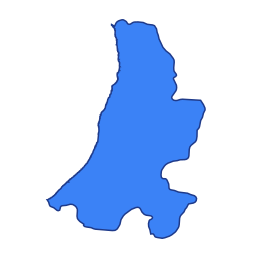 Gaspar Hernández, Espaillat, Dominican Republic, rotated 274°
{"feature_id": "3306468B76468188202077", "entity_name": "Gaspar Hernández", "entity_type": "district", "adm_level": 2, "iso_a3": "DOM", "parent_name": "Dominican Republic", "parent_adm1": "Espaillat", "projection": "natural_earth1", "projection_center": [-70.259, 19.604], "detail": "fine", "context": "isolated", "style": "filled", "palette": "blue", "viewbox_px": 256, "rotation_deg": 274, "n_neighbors": 0, "source": "geoboundaries", "source_scale": "gbopen_adm2", "svg_char_len": 5658}
<svg xmlns="http://www.w3.org/2000/svg" viewBox="0 0 256 256"><g transform="rotate(274 128 128)"><path d="M160.7,198.5L160.5,180.3L160.1,178.1L158.9,175.1L158.7,173.6L158.9,171.6L160.0,170.1L161.2,169.5L162.5,169.6L168.5,173.2L169.9,173.6L171.8,173.7L174.1,173.3L180.1,169.9L180.8,169.9L181.5,170.2L182.7,172.0L184.0,172.7L185.1,172.3L187.6,170.2L188.9,169.7L191.4,169.4L196.9,169.5L198.9,169.2L200.6,168.2L204.8,164.6L207.5,160.6L210.9,157.2L219.1,152.7L222.6,151.7L225.4,150.4L228.9,149.5L231.9,147.3L232.5,145.4L232.8,140.0L234.3,135.8L234.5,130.7L234.1,126.8L233.5,125.4L231.8,123.1L231.5,121.8L231.7,121.0L232.1,120.3L233.9,119.0L234.4,118.3L235.5,116.1L235.6,115.2L235.4,114.0L234.4,111.5L233.4,109.9L231.9,108.8L228.6,107.5L230.1,104.4L229.7,104.4L229.7,104.8L229.1,104.8L228.9,105.4L227.9,105.9L227.9,106.3L227.5,106.3L227.0,107.1L226.4,107.4L226.2,107.8L225.9,107.6L225.5,108.0L224.8,108.0L224.2,108.2L224.2,108.5L221.1,108.5L221.0,108.2L221.0,108.5L220.4,108.5L220.1,108.9L219.5,108.9L219.5,108.7L218.4,108.9L218.2,109.3L217.5,109.5L217.1,110.0L215.9,110.2L215.9,110.4L215.0,110.6L215.0,110.8L214.6,110.6L214.6,110.8L213.0,110.8L213.0,111.0L212.2,111.0L212.2,110.8L211.0,111.0L211.0,110.8L210.4,110.6L210.4,110.8L210.1,110.8L209.9,111.2L208.8,111.5L205.9,111.9L205.9,112.1L204.8,112.1L204.8,112.3L203.4,112.5L203.0,113.2L201.9,113.4L201.9,113.6L200.5,113.4L200.5,113.2L199.9,113.2L199.9,113.4L199.4,113.4L199.4,113.6L196.3,113.4L196.3,113.6L195.6,113.6L195.6,113.8L195.4,113.6L194.3,113.8L194.1,114.3L193.6,114.3L193.4,114.7L192.3,114.9L192.3,115.1L189.2,115.1L188.8,115.5L188.8,115.3L185.8,115.3L185.8,115.1L185.2,115.1L185.0,115.3L185.0,115.1L184.5,115.1L184.1,114.7L183.0,114.7L182.5,114.0L182.1,114.0L182.1,113.6L180.9,113.6L180.9,113.4L178.9,113.6L178.5,114.0L177.8,114.0L177.8,114.3L177.0,114.3L177.0,114.5L176.7,114.6L176.0,114.7L175.8,114.3L174.7,114.3L174.3,113.8L173.8,113.8L173.8,113.6L172.9,113.4L172.7,113.0L172.3,113.0L172.1,112.5L171.8,112.5L171.4,111.9L171.0,111.9L170.3,110.8L169.2,109.5L168.9,109.5L168.7,109.1L168.1,109.1L168.1,109.3L166.1,109.3L166.1,109.5L165.1,109.5L164.9,109.3L164.9,109.5L164.5,109.5L164.5,109.3L164.2,109.3L164.2,109.1L163.6,109.1L163.2,108.7L162.7,108.7L161.1,108.7L160.7,108.5L160.5,108.0L159.6,107.8L159.6,107.6L157.8,107.6L157.8,107.4L157.3,107.2L156.9,106.5L155.8,106.3L155.4,105.9L152.0,105.4L152.0,105.2L150.9,105.0L150.9,104.8L150.2,104.8L150.2,104.6L149.4,104.4L149.4,104.2L146.2,103.9L145.8,103.5L145.3,103.5L144.7,102.9L144.0,102.7L143.6,102.0L142.9,101.8L142.4,100.9L141.3,100.5L141.3,100.3L139.6,100.1L139.6,99.9L139.1,99.9L139.1,99.6L138.4,99.9L138.0,99.4L137.1,99.4L137.1,99.2L135.8,99.4L135.8,99.2L134.9,99.2L132.0,98.8L132.0,98.6L130.9,98.6L130.9,98.4L130.4,98.4L130.4,98.1L128.2,98.1L128.0,98.6L127.1,98.6L127.1,98.8L123.5,99.2L122.4,99.2L120.6,99.0L120.6,98.8L119.5,98.8L119.5,99.0L118.0,99.0L118.0,98.8L117.9,99.0L112.1,98.8L112.1,98.6L111.0,98.1L111.0,97.9L110.2,97.9L110.2,97.7L109.7,97.7L109.0,97.5L109.0,97.3L107.9,97.1L107.9,96.9L107.3,97.1L107.2,96.6L106.4,96.4L106.4,96.2L105.0,96.2L104.4,95.6L103.0,95.3L102.6,94.9L101.0,94.7L100.4,94.5L100.1,94.1L99.0,93.8L98.6,93.4L97.9,93.4L97.7,93.0L96.8,93.0L96.8,92.8L96.3,92.8L96.1,92.3L94.8,92.1L94.8,91.9L94.1,91.7L93.7,91.3L93.2,91.3L92.8,90.8L91.7,90.6L91.2,90.0L90.5,90.0L90.5,89.8L89.7,89.5L89.0,88.5L88.5,88.5L87.9,87.8L87.6,87.8L87.4,87.4L86.3,87.0L85.4,85.9L84.7,85.7L84.5,85.3L84.1,85.3L83.6,84.6L83.6,84.2L82.7,84.0L81.9,82.9L81.6,82.9L81.4,82.5L81.0,82.5L80.7,81.8L80.3,81.8L79.8,80.7L79.0,80.5L78.3,79.4L77.9,79.4L77.2,78.4L76.9,78.4L76.7,77.9L76.5,77.5L75.9,77.5L74.3,75.4L74.0,75.4L73.2,74.5L73.2,74.1L72.9,74.1L72.7,73.6L72.3,73.6L72.1,73.0L71.6,72.8L71.2,72.1L70.5,72.1L70.5,72.4L70.0,72.6L70.0,71.3L69.8,71.3L69.8,70.9L69.4,70.4L68.9,70.4L68.7,70.0L68.3,69.6L68.0,69.6L67.6,68.9L66.9,68.7L66.9,68.3L65.8,67.0L65.4,67.0L64.7,66.1L63.6,65.7L63.2,65.3L62.9,65.3L61.2,63.3L60.9,63.3L60.5,62.7L59.8,62.5L59.6,62.0L58.9,61.8L58.5,61.2L57.6,61.0L57.6,60.5L56.9,60.3L56.2,59.5L55.8,59.5L55.1,58.4L54.7,58.4L54.4,57.7L53.3,56.7L53.3,56.2L52.5,55.6L52.5,55.2L52.0,55.0L51.8,54.1L50.7,52.8L50.7,52.4L48.5,54.0L45.8,55.0L44.7,55.7L44.3,56.4L43.3,59.5L41.0,62.8L40.7,63.6L40.7,64.4L41.3,65.6L44.6,66.2L45.6,67.0L46.0,68.4L46.5,71.6L47.9,75.7L47.9,77.8L47.6,78.8L46.3,81.1L45.2,82.1L43.5,83.1L41.5,83.3L36.5,83.3L34.1,83.9L32.9,84.9L31.4,86.5L29.0,90.6L27.7,90.5L26.8,91.4L26.4,93.4L26.0,98.3L25.2,100.4L24.8,102.4L24.6,119.6L25.0,122.2L25.8,123.4L26.7,124.4L30.2,126.2L31.5,126.7L36.1,127.4L40.1,129.5L42.1,131.2L47.1,137.1L49.2,141.4L49.6,143.3L49.3,144.7L48.5,145.8L45.0,147.9L43.0,150.2L42.3,152.2L42.0,156.7L41.7,157.6L40.9,158.5L40.1,158.7L39.4,158.4L38.7,157.7L37.7,156.0L37.0,155.6L34.1,155.1L31.1,155.5L27.9,157.0L23.8,158.1L24.1,159.4L24.0,160.6L23.5,161.2L21.5,162.5L21.1,163.3L20.8,165.0L20.4,169.9L21.1,172.4L23.0,176.8L24.5,179.1L27.4,182.3L28.6,183.2L32.2,185.2L33.5,185.6L35.5,185.8L41.5,185.8L43.4,186.2L44.7,186.9L48.2,189.7L51.0,190.7L52.7,192.0L55.7,193.3L56.5,193.8L57.7,198.4L58.7,200.1L60.2,201.1L62.5,201.3L64.1,200.4L65.1,198.9L66.0,195.0L67.1,191.9L67.6,182.9L68.9,178.7L69.3,175.3L69.7,174.0L70.3,173.4L71.0,173.1L75.0,172.5L78.8,170.5L79.7,169.6L80.0,168.9L79.9,166.6L80.1,165.9L81.2,164.7L83.6,164.2L87.1,164.3L88.6,164.7L92.5,166.9L94.1,168.2L95.7,170.3L98.1,175.5L98.9,179.5L99.9,182.1L100.4,186.6L100.8,188.2L101.8,189.7L103.0,190.4L104.5,190.7L110.8,190.6L113.3,191.0L115.1,192.1L119.1,196.3L121.0,197.1L124.5,197.4L130.6,197.1L132.8,198.7L134.1,199.2L140.6,200.0L143.8,201.5L147.9,202.2L151.4,203.6L153.2,203.4L156.6,201.6L160.7,198.5Z" fill="#3b82f6" stroke="#1e3a8a" stroke-width="1.5"/></g></svg>